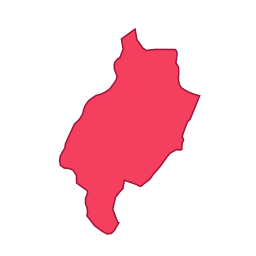 Najrah, Hajjah, Yemen (Albers equal-area conic projection), rotated 56°
{"feature_id": "15242507B62258600143859", "entity_name": "Najrah", "entity_type": "district", "adm_level": 2, "iso_a3": "YEM", "parent_name": "Yemen", "parent_adm1": "Hajjah", "projection": "albers", "projection_center": [43.546, 15.647], "detail": "fine", "context": "isolated", "style": "filled", "palette": "rose", "viewbox_px": 256, "rotation_deg": 56, "n_neighbors": 0, "source": "geoboundaries", "source_scale": "gbopen_adm2", "svg_char_len": 1594}
<svg xmlns="http://www.w3.org/2000/svg" viewBox="0 0 256 256"><g transform="rotate(56 128 128)"><path d="M141.3,50.5L140.6,51.2L137.0,54.3L132.2,57.6L127.6,60.0L124.5,61.2L121.4,61.2L119.0,60.4L116.8,59.5L113.8,57.7L111.8,55.9L109.1,54.1L106.2,52.3L103.1,51.8L100.8,52.0L98.0,49.2L97.2,48.6L94.4,46.2L92.1,44.9L90.4,44.8L89.2,45.1L78.2,61.3L75.9,65.4L74.0,69.5L69.6,71.1L64.9,71.1L60.1,71.3L59.9,71.3L49.9,66.8L50.5,83.7L60.0,88.0L62.6,91.7L65.2,95.5L64.8,97.8L66.1,102.2L68.3,104.4L71.9,106.5L75.3,107.3L78.1,107.7L80.3,109.2L82.3,112.6L85.5,121.4L85.5,125.8L84.9,131.3L83.2,136.3L83.1,140.2L83.3,144.5L83.9,147.0L84.6,148.7L85.5,151.0L87.9,154.4L91.3,158.2L93.7,163.6L93.9,164.9L94.9,170.4L100.4,179.5L104.0,185.4L106.0,188.6L109.2,191.4L109.4,191.8L111.1,195.5L113.4,199.9L116.7,202.9L118.2,203.5L118.7,203.8L119.3,204.1L121.1,204.9L125.4,203.4L128.4,199.7L132.1,197.1L138.5,197.3L144.9,201.4L154.8,197.7L157.1,196.8L159.5,198.0L162.5,202.5L166.8,205.5L171.5,206.6L175.5,208.9L177.8,211.2L185.8,210.6L190.4,210.3L194.8,208.7L197.3,207.8L199.2,207.1L204.0,204.7L206.1,200.7L205.2,196.3L204.8,195.5L203.1,192.3L201.4,188.6L200.4,189.3L186.8,186.1L178.5,177.1L176.3,170.8L175.4,165.9L174.1,165.0L169.3,160.2L174.7,156.2L180.1,152.2L181.8,151.6L183.6,149.9L183.1,145.9L183.0,144.0L182.8,138.9L180.6,133.1L179.3,128.2L178.0,123.2L177.7,122.4L174.0,112.5L172.4,107.5L172.8,102.4L173.1,99.7L173.9,99.0L175.5,96.9L175.8,95.2L174.3,94.5L170.3,90.9L169.3,88.8L167.7,88.2L165.6,88.0L163.1,85.1L156.2,75.4L155.7,72.7L155.4,71.5L141.3,50.5Z" fill="#f43f5e" stroke="#9f1239" stroke-width="1.5"/></g></svg>